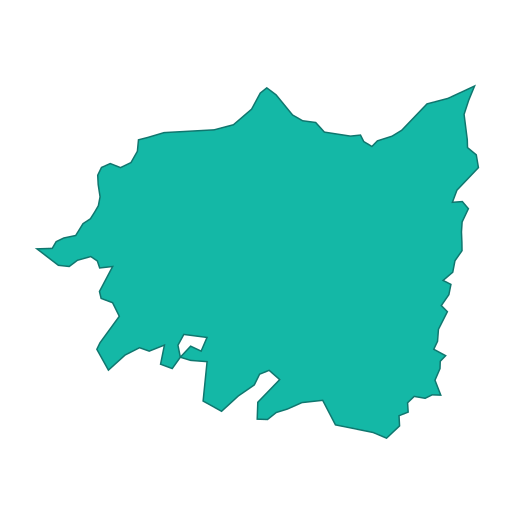 Mormaço, Rio Grande do Sul, Brazil (Robinson projection), rotated 272°
{"feature_id": "56859067B79985945955157", "entity_name": "Mormaço", "entity_type": "district", "adm_level": 2, "iso_a3": "BRA", "parent_name": "Brazil", "parent_adm1": "Rio Grande do Sul", "projection": "robinson", "projection_center": [-52.668, -28.683], "detail": "fine", "context": "isolated", "style": "filled", "palette": "teal", "viewbox_px": 512, "rotation_deg": 272, "n_neighbors": 0, "source": "geoboundaries", "source_scale": "gbopen_adm2", "svg_char_len": 1635}
<svg xmlns="http://www.w3.org/2000/svg" viewBox="0 0 512 512"><g transform="rotate(272 256 256)"><path d="M105.3,413.5L114.6,412.6L121.2,419.0L119.7,430.0L123.4,436.9L123.4,445.5L138.1,439.2L149.9,443.8L157.2,443.8L163.0,449.0L169.0,436.9L177.1,440.4L189.1,440.9L207.0,449.2L212.9,442.9L224.1,450.1L234.4,451.8L238.1,443.8L246.7,453.2L258.2,455.0L268.5,461.7L276.6,461.3L287.3,460.5L297.2,460.8L310.7,466.6L317.6,460.3L316.5,450.4L328.8,454.5L352.1,475.2L364.8,472.6L371.7,463.6L379.5,463.1L404.8,459.0L419.0,463.1L433.5,468.5L420.2,442.3L414.0,421.6L386.7,397.2L380.5,387.8L375.3,373.3L369.5,368.0L374.1,359.7L380.5,356.2L379.1,346.2L382.2,320.0L391.5,311.0L392.8,297.8L398.2,287.6L417.8,270.4L424.4,260.9L419.0,254.6L402.6,246.5L386.4,228.9L380.6,209.6L376.1,159.8L370.7,143.7L368.0,134.5L356.5,133.8L345.0,127.8L339.6,117.5L343.3,107.1L339.1,98.5L331.2,95.0L321.9,95.8L309.7,98.1L300.7,96.7L294.2,93.2L287.4,89.2L282.3,82.0L270.2,75.1L267.3,63.3L263.4,55.8L256.5,52.1L255.5,36.8L239.8,58.8L239.0,69.7L245.5,77.7L249.7,90.9L245.5,97.6L238.6,100.2L240.5,113.1L215.1,100.8L208.2,102.7L204.3,114.3L191.0,121.5L163.8,103.1L157.2,100.2L136.8,112.5L152.5,128.7L160.3,142.8L157.2,152.6L163.8,167.6L144.5,164.4L140.6,176.2L152.2,183.9L149.4,194.3L148.7,210.8L109.2,208.2L99.6,227.0L115.6,243.3L127.1,258.8L138.0,263.7L142.2,273.1L133.3,284.0L109.9,262.9L93.0,262.9L93.0,273.2L100.3,281.7L104.1,292.6L111.1,307.0L114.1,327.7L90.0,341.3L83.7,379.2L78.5,392.8L91.2,405.4L101.4,404.5L105.3,413.5ZM152.2,183.9L164.1,181.1L175.1,186.6L172.9,209.9L159.0,204.5L163.6,193.8L152.2,183.9Z" fill="#14b8a6" stroke="#0f766e" stroke-width="1.5"/></g></svg>